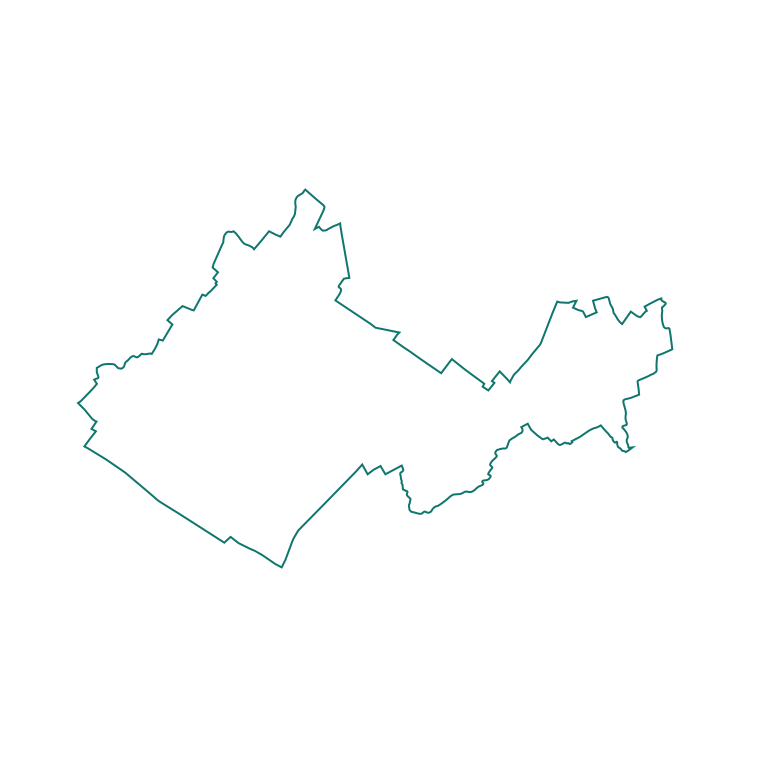 outline of Chau Thanh, Tiền Giang, Vietnam, rotated 46°
{"feature_id": "81297802B2434648618604", "entity_name": "Chau Thanh", "entity_type": "district", "adm_level": 2, "iso_a3": "VNM", "parent_name": "Vietnam", "parent_adm1": "Tiền Giang", "projection": "natural_earth1", "projection_center": [106.308, 10.422], "detail": "fine", "context": "isolated", "style": "outline", "palette": "teal", "viewbox_px": 768, "rotation_deg": 46, "n_neighbors": 0, "source": "geoboundaries", "source_scale": "gbopen_adm2", "svg_char_len": 6165}
<svg xmlns="http://www.w3.org/2000/svg" viewBox="0 0 768 768"><g transform="rotate(46 384 384)"><path d="M602.3,249.2L600.0,252.2L599.4,252.2L597.8,251.0L593.9,249.4L592.5,247.7L592.1,246.5L590.9,244.9L588.7,243.7L586.2,243.1L582.9,242.8L581.1,242.9L580.4,242.3L580.3,241.1L581.9,238.0L581.2,236.9L579.5,235.9L577.4,234.9L575.7,233.4L573.2,230.4L570.8,228.6L564.7,225.3L562.8,224.0L562.1,223.1L562.4,221.4L565.3,216.4L568.9,207.9L563.9,203.9L559.1,200.5L558.1,199.5L558.4,197.8L560.2,193.2L561.6,189.6L562.8,185.5L563.8,183.0L564.2,179.6L563.6,178.4L559.5,174.7L555.0,169.7L553.4,167.5L554.0,166.2L556.0,161.7L558.9,153.6L559.2,152.4L547.4,143.6L542.5,140.3L541.7,140.4L541.2,140.7L540.0,142.5L538.4,143.1L537.2,143.0L534.9,141.9L532.8,140.7L530.6,139.1L527.6,136.5L524.7,133.0L523.5,132.2L522.0,130.8L522.2,130.0L522.2,127.6L522.1,126.0L521.9,125.5L521.0,125.1L517.7,126.1L516.9,126.1L516.2,126.0L515.6,125.6L515.1,125.1L513.6,128.3L511.0,136.8L509.4,142.8L513.9,144.1L513.6,145.7L513.7,148.3L514.0,151.2L514.0,152.7L513.8,153.4L510.9,154.8L503.4,156.2L506.3,171.1L502.8,171.3L501.5,171.1L500.1,171.0L494.6,169.7L493.0,169.6L492.1,169.3L488.9,167.2L487.7,166.8L484.2,165.9L482.9,165.3L478.7,162.9L477.6,162.6L476.5,162.8L475.1,165.0L469.3,175.8L476.2,179.6L480.2,181.2L476.1,192.3L470.6,190.6L469.8,190.6L469.0,190.8L466.1,192.7L460.4,195.0L457.8,187.8L455.5,191.1L453.8,194.9L447.8,200.5L445.9,201.8L445.1,202.1L445.9,204.1L449.8,213.0L463.0,241.5L464.1,244.4L465.6,258.3L466.5,263.3L467.0,273.4L467.5,277.8L467.5,282.7L467.7,284.5L469.3,290.0L470.3,292.2L466.1,292.0L455.3,292.0L456.9,304.3L459.9,303.8L461.1,313.4L454.5,314.9L453.4,311.7L430.0,315.7L413.2,317.9L415.9,335.4L389.9,340.7L379.5,342.6L370.8,344.5L358.9,346.7L357.7,340.4L357.6,337.2L337.6,351.0L331.9,351.8L290.1,360.9L288.4,353.3L287.1,350.2L286.3,349.3L285.6,349.0L285.0,348.9L283.0,349.3L282.6,349.1L282.4,348.9L282.1,348.3L281.6,346.2L280.4,339.7L281.5,338.0L283.6,335.2L246.2,309.9L239.9,305.5L238.0,304.0L236.9,307.3L235.4,310.7L233.7,316.7L233.6,317.9L232.8,319.6L231.1,321.5L228.9,321.8L225.7,321.6L224.4,326.1L217.2,307.1L215.9,304.6L215.4,303.9L214.8,303.6L213.1,303.4L204.0,304.4L189.5,305.6L189.6,307.6L190.1,308.9L190.1,310.5L189.0,314.9L189.0,317.0L190.0,319.7L192.0,322.0L195.3,324.5L199.8,329.9L200.9,332.5L201.6,335.4L203.8,340.7L204.1,341.9L204.4,345.3L205.0,350.5L206.0,356.2L201.2,358.2L194.3,360.6L195.8,373.3L196.8,383.9L194.8,383.7L192.7,384.2L190.7,384.9L187.8,386.4L186.1,387.1L182.8,387.1L177.1,386.3L172.6,385.9L169.6,386.2L169.0,387.6L168.5,388.3L166.5,389.9L165.9,390.9L165.7,392.4L166.0,394.8L166.4,395.9L167.1,397.2L170.7,401.6L171.1,403.2L179.4,423.5L181.2,426.4L188.3,425.8L189.4,433.3L194.4,433.3L194.6,435.3L196.4,435.4L196.8,445.0L196.5,446.4L196.7,448.5L196.7,451.1L193.5,452.6L198.9,469.7L197.7,470.5L188.0,474.8L187.3,488.3L187.6,495.4L194.2,494.9L199.1,512.9L195.5,515.1L197.8,519.3L199.6,524.3L201.0,530.2L200.4,530.4L199.8,530.9L198.8,532.1L197.7,533.9L196.0,535.9L193.9,537.3L193.8,541.9L193.2,543.2L192.5,543.7L190.3,544.5L189.5,545.2L189.2,546.0L188.8,548.0L189.1,551.7L188.8,553.9L189.1,555.8L190.7,558.5L190.9,559.4L190.9,560.9L190.7,561.7L190.4,562.4L188.0,564.2L183.3,564.3L181.6,565.0L178.4,568.1L176.1,570.7L174.9,572.5L173.9,575.0L173.3,578.1L172.9,579.4L176.0,582.4L180.7,584.6L181.0,585.0L181.1,585.5L181.0,586.1L180.2,587.5L179.6,589.5L184.5,590.4L185.0,595.4L185.3,601.3L185.7,614.3L185.1,617.3L194.8,617.2L205.7,618.1L207.6,618.0L209.7,617.5L211.3,616.9L213.1,625.6L217.9,624.1L219.2,633.7L220.8,642.9L224.5,641.7L245.3,636.3L268.0,631.7L299.4,628.5L310.6,627.5L313.2,627.0L334.3,621.7L387.2,609.1L387.4,600.6L389.8,600.2L393.1,599.8L397.6,599.1L409.1,595.0L414.0,592.9L422.6,590.4L437.7,587.3L444.8,585.0L441.9,576.8L433.6,559.5L432.1,555.8L429.8,547.4L428.8,508.6L427.5,465.2L426.8,455.6L437.6,458.5L438.5,450.9L440.6,443.5L449.9,445.7L455.0,427.9L458.8,429.5L459.5,430.3L459.7,431.8L459.4,432.9L459.4,434.1L460.0,434.9L461.6,435.8L464.0,437.6L466.3,438.7L467.4,440.2L468.0,440.4L469.4,440.7L472.8,443.5L473.3,443.5L474.4,442.9L475.8,442.7L476.6,442.1L477.3,441.9L478.0,442.1L479.3,444.3L479.8,444.6L480.7,444.9L484.6,444.7L485.3,444.9L485.6,445.3L486.3,446.7L487.5,448.1L488.4,450.1L488.7,450.5L492.0,452.9L492.7,453.2L494.9,453.1L497.2,451.6L501.6,449.0L503.1,447.5L503.5,446.6L503.7,444.1L503.9,443.5L504.5,443.0L506.0,442.5L507.2,441.7L507.8,441.1L508.3,439.6L508.4,438.4L507.7,435.9L507.6,433.6L507.9,432.2L509.2,429.6L509.9,426.1L510.7,419.7L510.9,414.5L511.4,411.8L511.8,410.9L512.5,409.9L516.0,405.7L516.9,403.7L517.6,401.1L518.0,400.2L518.8,399.2L521.0,397.7L521.5,397.2L522.4,395.9L523.2,393.1L523.3,389.0L523.5,387.6L523.8,386.5L525.0,383.4L525.0,382.8L524.9,382.0L524.7,381.7L524.3,381.5L522.7,381.4L522.3,380.9L522.2,380.6L522.4,379.9L522.7,379.2L523.9,377.7L524.8,376.2L525.2,374.6L525.1,373.7L524.9,372.0L524.0,371.0L523.6,371.0L522.4,371.6L521.7,371.8L521.3,371.7L521.0,371.3L520.7,370.7L520.1,368.4L519.8,366.8L519.6,364.5L519.0,364.0L516.3,364.0L515.9,363.8L515.4,363.2L514.9,362.0L514.5,359.4L514.6,355.0L514.5,353.6L514.3,353.1L514.1,352.8L513.2,352.5L511.5,352.3L510.7,351.7L510.4,351.1L510.0,349.4L510.0,348.6L511.5,345.6L513.0,343.3L513.4,342.8L514.6,341.7L515.0,340.8L514.9,339.5L512.3,334.4L511.8,333.1L511.8,332.3L512.3,329.1L512.8,327.4L513.0,327.0L513.5,322.6L514.5,319.3L514.5,318.5L514.3,317.5L513.9,316.9L512.8,315.9L512.4,315.6L510.4,315.2L512.4,308.2L516.4,309.3L519.5,310.0L527.4,309.4L532.6,308.5L533.3,308.4L534.4,307.8L536.3,303.5L541.4,303.5L541.9,300.4L548.0,300.5L549.6,300.2L550.0,299.8L550.5,299.1L551.1,297.3L551.4,295.8L551.9,294.6L552.3,294.2L554.0,293.6L554.5,292.5L554.8,292.4L556.1,292.2L556.4,291.8L556.6,290.9L556.7,289.0L555.5,288.7L558.1,280.0L559.9,269.2L560.3,267.5L561.5,264.1L562.1,263.0L563.4,260.3L564.4,256.8L570.4,257.2L575.3,257.2L578.8,257.6L579.5,257.6L581.3,257.1L583.3,258.4L584.9,258.7L586.3,258.7L586.7,258.5L586.9,258.0L587.0,257.1L587.3,256.7L587.5,256.6L588.1,256.9L589.2,258.0L591.5,259.3L592.9,259.2L593.6,259.0L595.0,258.8L597.1,259.0L598.1,258.7L598.8,258.1L599.6,257.6L600.9,257.4L601.5,255.0L602.3,249.2Z" fill="none" stroke="#0f766e" stroke-width="2"/></g></svg>